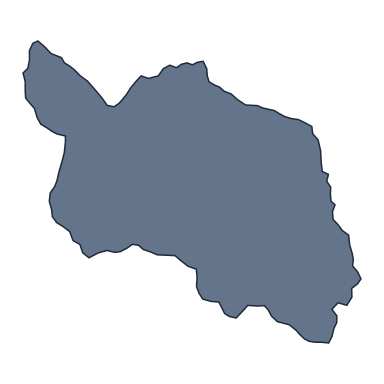 the district of Japaraíba, Minas Gerais, Brazil
{"feature_id": "56859067B41178234264515", "entity_name": "Japaraíba", "entity_type": "district", "adm_level": 2, "iso_a3": "BRA", "parent_name": "Brazil", "parent_adm1": "Minas Gerais", "projection": "robinson", "projection_center": [-45.532, -20.134], "detail": "fine", "context": "isolated", "style": "filled", "palette": "slate", "viewbox_px": 384, "rotation_deg": 0, "n_neighbors": 0, "source": "geoboundaries", "source_scale": "gbopen_adm2", "svg_char_len": 1918}
<svg xmlns="http://www.w3.org/2000/svg" viewBox="0 0 384 384"><path d="M328.7,343.0L331.9,336.7L333.9,328.6L336.7,322.6L336.9,315.9L331.9,309.3L338.1,302.8L346.8,305.3L351.9,297.2L351.7,288.4L357.6,283.8L361.0,278.9L357.4,271.5L352.5,265.9L353.4,260.0L352.2,253.4L349.7,244.9L348.6,235.1L342.3,230.5L338.1,224.7L333.1,219.5L332.5,211.7L335.0,204.8L331.0,201.2L330.4,194.0L330.7,187.2L326.8,181.3L328.4,174.4L322.3,171.5L321.2,162.4L320.6,150.7L318.1,139.9L312.7,133.7L311.8,126.5L305.8,123.2L298.5,119.6L291.4,118.6L284.6,116.5L278.9,113.4L274.2,110.5L268.0,109.2L262.6,107.9L257.4,105.6L251.5,105.3L245.6,105.0L237.6,99.7L231.1,93.9L224.3,91.3L219.5,87.1L214.5,85.0L209.0,81.7L207.3,75.9L206.7,68.6L203.1,61.3L197.4,62.3L192.5,64.8L187.0,62.9L181.6,64.2L176.4,67.7L169.7,65.2L163.2,68.8L158.3,75.9L148.4,78.4L141.1,75.9L135.7,81.7L130.5,88.2L126.5,94.4L122.9,99.0L118.9,103.4L114.2,106.7L107.3,105.5L102.0,98.0L94.6,89.2L87.5,81.1L79.9,75.5L74.6,70.0L69.7,66.1L64.5,62.9L61.5,57.7L51.1,53.6L44.4,46.5L37.9,41.0L32.9,43.3L29.4,50.7L29.5,59.9L27.8,68.4L23.0,73.0L25.2,81.5L25.2,90.5L25.6,98.0L30.0,103.4L34.5,108.6L37.2,117.7L40.8,124.2L46.8,127.8L52.2,131.5L57.0,134.0L65.4,136.0L65.4,142.1L64.3,152.6L61.8,162.4L59.0,171.8L56.9,180.9L54.7,186.5L50.2,193.0L49.3,201.5L51.5,209.0L52.4,216.9L56.9,222.8L62.7,226.3L69.7,231.6L73.1,240.7L79.9,244.4L82.7,252.8L89.0,257.8L98.5,252.8L107.0,250.5L115.1,252.4L120.7,251.5L126.9,248.2L132.5,244.3L138.6,245.3L143.3,249.5L150.2,251.8L157.2,254.8L163.4,255.1L168.8,255.3L175.1,255.7L180.4,260.3L188.1,266.3L196.3,269.2L197.1,277.3L196.5,286.5L199.0,293.2L202.8,299.1L210.9,301.4L218.9,302.1L221.7,307.6L224.6,313.5L229.4,316.5L236.2,318.0L242.9,310.9L247.8,305.4L257.2,306.0L264.4,305.7L268.2,309.9L271.5,316.1L277.4,321.7L289.1,324.7L295.7,329.9L300.0,334.7L304.4,338.9L309.2,341.3L314.8,342.2L322.0,342.3L328.7,343.0Z" fill="#64748b" stroke="#1e293b" stroke-width="1.5"/></svg>